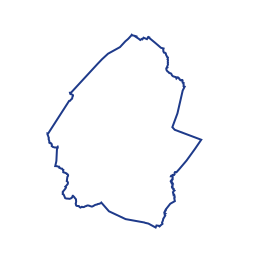 Erongarícuaro, Michoacán, Mexico, rotated 203°
{"feature_id": "50627088B31918104119077", "entity_name": "Erongarícuaro", "entity_type": "district", "adm_level": 2, "iso_a3": "MEX", "parent_name": "Mexico", "parent_adm1": "Michoacán", "projection": "natural_earth1", "projection_center": [-101.71, 19.612], "detail": "fine", "context": "isolated", "style": "outline", "palette": "blue", "viewbox_px": 256, "rotation_deg": 203, "n_neighbors": 0, "source": "geoboundaries", "source_scale": "gbopen_adm2", "svg_char_len": 5348}
<svg xmlns="http://www.w3.org/2000/svg" viewBox="0 0 256 256"><g transform="rotate(203 128 128)"><path d="M195.2,137.8L194.4,136.8L193.9,136.8L192.9,136.9L191.9,136.9L191.7,136.8L191.4,136.6L191.3,136.3L191.2,135.5L191.3,135.2L191.3,134.8L191.0,133.6L191.0,133.0L191.7,131.6L191.9,130.6L192.2,130.2L192.8,129.9L199.4,91.5L200.0,91.5L199.8,91.0L199.8,90.9L199.4,90.4L198.5,89.6L197.9,88.8L197.2,88.2L197.0,87.9L197.0,87.6L196.9,87.2L196.7,87.0L196.7,86.9L196.5,86.4L196.2,86.2L195.5,85.4L195.3,85.1L194.9,84.1L194.7,83.7L194.0,83.6L193.9,83.7L193.7,84.0L193.4,84.0L193.0,83.9L192.9,83.8L192.8,83.6L192.3,83.6L192.2,83.5L191.8,83.2L191.5,82.6L191.3,82.3L191.2,81.8L191.1,81.5L190.2,81.4L189.9,81.2L189.2,81.3L188.0,81.4L186.4,82.0L185.5,82.5L185.6,82.8L185.4,83.3L185.3,83.2L185.1,82.8L185.0,82.3L185.0,82.0L185.1,81.1L185.1,80.8L185.0,80.4L181.2,70.1L181.0,69.4L180.8,68.5L180.1,64.5L179.1,64.9L178.2,65.1L176.8,65.2L176.4,65.4L176.2,65.2L175.9,65.1L175.8,64.6L175.7,64.5L175.2,64.6L173.8,64.5L173.5,64.6L173.2,64.7L172.8,64.8L172.7,64.7L172.4,64.5L171.6,64.2L171.2,64.2L171.1,63.4L170.9,63.3L170.6,62.7L170.4,62.4L170.3,62.0L170.2,62.0L169.6,62.0L168.9,62.2L168.3,62.2L167.8,62.1L167.6,62.2L167.0,62.2L166.6,62.1L166.2,61.7L165.6,61.8L165.3,61.7L164.9,61.4L164.7,61.2L164.6,60.9L164.5,60.5L164.5,60.2L164.6,59.8L164.7,59.3L163.6,55.2L163.2,55.2L162.8,55.0L162.4,54.7L161.9,54.2L161.8,53.9L161.7,53.4L161.6,52.8L161.6,52.7L162.0,51.6L162.3,50.6L162.8,49.5L161.9,49.1L161.9,48.9L161.9,48.0L162.4,46.1L163.1,43.8L163.1,43.6L162.8,43.3L162.7,43.2L162.6,42.9L162.7,42.7L162.2,41.6L161.6,41.7L161.3,41.6L161.0,41.4L160.7,41.1L158.4,38.9L157.1,39.0L156.3,39.3L155.8,39.5L154.4,39.9L153.9,40.1L153.6,40.4L153.4,40.7L153.0,41.0L152.5,41.9L152.3,42.2L152.3,42.4L152.4,42.6L152.4,43.0L152.3,43.5L152.4,44.0L152.2,44.1L151.8,43.9L151.2,43.7L150.3,43.3L149.6,42.8L148.7,42.4L148.3,42.2L147.9,41.8L147.6,41.1L147.2,40.5L147.0,40.0L146.9,39.6L146.8,39.3L146.6,38.0L146.4,37.9L146.2,37.4L145.7,36.7L145.4,36.5L145.1,36.3L144.7,36.3L144.0,36.5L142.9,36.9L142.6,36.9L142.2,36.7L141.9,36.4L141.6,36.3L141.0,36.2L140.6,36.2L140.5,36.4L139.9,37.2L139.8,37.4L139.6,37.5L139.0,37.5L138.5,37.6L138.1,37.8L137.4,38.3L137.2,38.6L136.9,39.1L136.6,39.4L136.0,39.8L135.7,40.1L135.3,40.7L135.1,40.8L134.4,41.1L133.4,41.3L132.5,41.3L131.6,41.4L130.7,41.5L130.2,41.8L129.4,42.7L128.4,44.1L128.0,44.5L127.6,44.8L127.2,45.1L126.5,45.6L126.3,46.0L126.2,46.1L125.2,46.8L124.6,47.2L124.2,47.7L123.5,48.4L123.4,48.9L113.0,43.9L94.6,43.2L76.1,47.4L75.2,47.4L71.9,48.0L63.7,47.2L63.7,47.8L63.7,49.4L61.1,50.1L61.0,49.8L60.5,49.7L59.8,51.4L59.6,51.8L59.5,52.0L58.8,53.2L59.0,53.5L59.3,53.8L59.7,54.2L59.7,56.3L60.1,58.4L60.0,58.5L59.5,62.1L59.7,62.4L60.1,62.4L60.3,62.4L60.8,63.3L61.2,63.8L61.1,64.0L60.9,64.1L61.5,64.3L61.6,64.5L61.5,64.9L61.3,65.8L61.5,65.8L61.4,67.5L61.1,67.5L61.2,68.5L59.5,74.8L56.3,79.0L58.1,81.6L57.8,82.1L58.3,83.2L59.3,84.5L59.8,84.0L61.5,86.4L61.3,86.6L61.4,87.9L61.0,88.3L60.8,88.6L62.4,89.3L62.3,89.9L63.4,90.3L63.9,90.2L64.2,90.4L64.4,90.7L64.7,91.2L64.7,91.4L64.7,91.8L64.5,92.1L64.3,92.2L64.9,93.3L65.7,93.9L65.0,94.3L65.2,94.5L65.5,94.6L65.7,94.8L65.8,94.8L66.3,94.3L66.6,94.6L67.9,95.7L67.7,96.5L67.0,96.3L67.4,97.5L67.0,97.6L66.8,98.1L67.7,100.2L67.7,100.4L68.4,100.7L69.6,100.3L69.6,100.9L68.8,101.3L68.5,101.5L68.6,102.2L67.3,102.7L67.2,102.8L67.0,103.6L67.6,104.8L67.5,105.8L66.9,106.1L66.1,106.2L64.8,110.0L61.4,120.9L58.2,134.9L56.0,145.8L84.3,144.6L87.5,146.1L88.2,160.8L92.3,183.9L92.0,188.1L92.9,187.9L93.1,188.0L93.3,188.8L93.5,189.0L93.7,189.4L93.7,189.7L93.9,190.0L94.1,190.3L94.2,190.6L94.3,190.6L94.5,191.2L95.1,191.0L95.4,191.1L95.6,191.4L95.8,191.7L96.1,192.2L96.1,192.5L96.4,193.2L96.8,193.4L97.2,193.3L97.7,192.8L97.7,192.6L97.9,192.5L98.2,192.5L98.9,192.6L99.3,192.9L99.6,193.0L99.7,193.3L100.1,193.5L100.2,193.4L100.4,193.5L100.6,193.7L100.7,193.8L101.0,193.9L101.4,193.8L101.6,193.9L101.8,194.1L102.2,194.0L102.8,192.5L103.0,192.7L103.2,193.0L103.3,193.4L103.5,193.5L103.9,193.6L104.4,193.4L104.9,193.4L106.3,193.2L106.7,193.2L107.5,193.4L108.1,193.7L108.7,194.2L108.9,194.3L109.0,194.4L109.2,194.7L109.4,194.8L109.6,194.9L109.9,195.0L110.3,195.0L111.4,194.7L111.7,194.8L112.5,195.3L112.9,195.4L113.8,195.5L115.3,196.5L115.8,197.3L116.1,197.9L115.4,199.0L115.8,199.2L115.9,199.3L116.0,201.8L116.1,202.4L116.4,202.7L116.7,203.1L116.8,204.0L117.1,204.2L117.3,204.5L117.4,204.9L117.6,205.8L117.8,206.3L118.1,206.5L118.4,206.6L118.4,206.8L118.4,207.0L118.5,207.4L118.6,207.7L118.7,208.1L118.7,208.4L118.8,208.5L119.1,208.6L119.3,208.5L119.8,208.7L120.0,208.8L120.2,209.2L121.2,209.9L121.8,210.6L121.9,210.8L122.4,211.2L122.5,211.3L122.5,211.5L123.2,211.7L123.3,211.6L123.5,211.7L124.4,211.5L124.6,211.8L125.0,212.0L125.4,212.4L125.5,212.5L125.8,213.3L126.2,213.8L126.2,214.3L126.3,215.1L129.0,214.7L136.5,217.1L143.6,219.2L143.6,219.4L143.7,219.7L144.9,219.8L145.0,219.7L145.1,218.2L145.3,217.2L149.0,217.2L149.4,215.2L149.6,215.2L150.2,215.3L151.1,213.8L152.9,214.3L153.9,214.5L156.6,215.0L156.3,215.6L156.5,215.6L157.3,215.5L158.1,215.4L158.6,215.3L159.3,215.2L159.5,215.1L159.9,215.0L160.3,215.1L161.0,215.3L161.2,214.2L161.6,213.1L161.8,212.5L161.9,212.3L162.0,211.9L162.8,209.8L163.4,208.6L164.3,206.8L167.0,199.3L175.4,188.6L178.8,181.1L181.1,175.0L194.2,138.4L195.2,137.8Z" fill="none" stroke="#1e3a8a" stroke-width="2"/></g></svg>